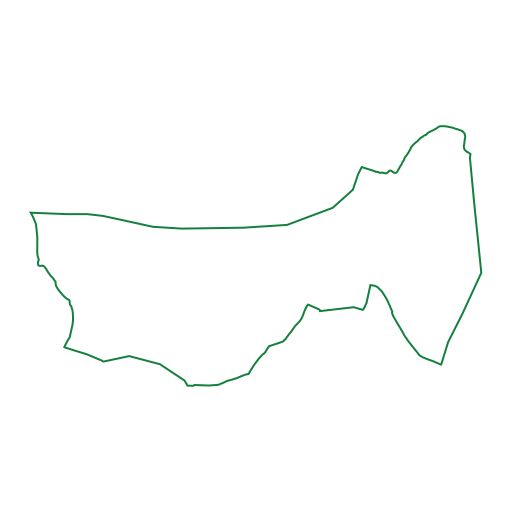 Cap Estate/Lower Saline Point, Saint Lucia
{"feature_id": "8701671B68101868582268", "entity_name": "Cap Estate/Lower Saline Point", "entity_type": "district", "adm_level": 2, "iso_a3": "LCA", "parent_name": "Saint Lucia", "parent_adm1": "", "projection": "mercator", "projection_center": [-60.942, 14.106], "detail": "fine", "context": "isolated", "style": "outline", "palette": "green", "viewbox_px": 512, "rotation_deg": 0, "n_neighbors": 0, "source": "geoboundaries", "source_scale": "gbopen_adm2", "svg_char_len": 3583}
<svg xmlns="http://www.w3.org/2000/svg" viewBox="0 0 512 512"><path d="M103.4,361.6L129.2,356.1L159.9,364.2L184.5,380.5L187.5,385.6L193.2,385.8L194.4,385.0L208.9,385.5L209.4,385.5L218.4,384.8L223.7,382.6L226.6,381.1L229.4,380.3L233.1,379.3L236.8,378.1L238.8,377.3L241.8,376.0L245.4,374.6L248.5,374.0L250.6,370.4L254.1,364.9L257.4,360.5L259.4,357.9L261.0,356.3L262.8,354.3L264.2,353.4L265.4,351.9L266.6,350.0L267.7,348.1L269.1,346.2L282.0,341.9L283.6,341.1L284.1,340.2L285.1,339.7L286.8,337.2L288.0,335.6L289.7,333.3L291.3,331.5L293.0,329.0L295.2,325.9L298.2,322.8L299.9,321.0L301.7,318.2L303.5,313.9L304.4,311.2L305.2,309.5L306.3,307.1L307.2,305.5L308.2,304.6L318.6,309.2L319.7,309.9L320.0,311.1L353.8,307.2L362.8,309.9L363.8,308.5L365.0,306.3L365.8,304.4L366.4,303.4L370.4,285.1L371.8,285.3L372.5,285.5L374.3,285.6L376.6,286.6L377.5,287.1L378.9,288.4L380.4,290.0L381.8,291.3L383.2,293.5L384.3,295.2L385.5,297.1L386.5,298.8L387.2,300.2L388.0,301.6L388.8,303.9L389.9,305.8L390.4,307.4L391.0,308.8L392.0,310.9L392.3,311.5L392.0,312.9L393.0,315.6L393.9,317.3L395.7,320.4L397.2,323.0L398.5,325.2L399.9,327.5L402.4,331.7L403.7,334.2L405.0,336.5L406.6,338.6L408.0,340.8L419.6,355.4L422.8,357.3L428.0,359.4L433.4,361.3L440.0,364.2L441.2,364.5L448.1,342.2L462.6,313.4L481.3,272.8L474.0,201.2L469.9,157.4L470.5,154.2L468.3,152.4L467.7,152.2L466.9,151.8L466.4,151.3L465.8,150.9L465.0,150.1L464.4,149.2L464.1,148.2L463.9,147.1L463.8,146.1L463.9,145.2L464.3,143.9L464.4,142.3L464.6,141.0L464.7,140.0L464.9,138.8L465.2,137.3L465.2,136.4L464.9,135.3L464.7,133.7L464.3,133.2L463.7,132.6L463.1,132.1L462.6,131.2L460.9,130.5L458.6,129.7L456.9,129.1L454.7,128.5L452.6,127.7L449.7,127.1L447.4,126.6L445.4,126.3L443.2,126.2L441.4,126.2L439.8,126.3L438.6,126.8L437.3,127.8L436.4,128.4L434.3,129.6L432.3,130.7L430.6,131.4L428.1,132.7L427.5,133.2L426.3,134.7L425.0,135.1L423.6,135.9L422.7,136.7L420.6,137.9L417.9,140.7L417.5,141.3L416.2,142.1L415.6,142.6L414.1,144.0L413.0,145.0L412.3,146.0L411.3,147.0L410.8,147.9L410.6,148.8L410.0,149.8L409.6,150.5L409.0,151.5L408.5,152.5L407.7,153.7L406.7,155.0L406.5,155.6L405.8,156.2L405.4,156.8L404.7,157.7L404.4,158.6L404.3,159.2L404.0,159.9L403.6,160.7L402.9,161.5L402.5,162.3L402.0,163.2L401.7,164.1L400.8,165.4L400.2,166.5L399.7,167.1L399.3,168.2L398.6,169.3L397.5,171.1L397.2,171.6L396.8,172.2L396.4,172.6L395.9,172.9L395.3,172.9L394.8,172.8L394.0,172.7L393.4,172.3L392.6,171.8L391.6,171.0L391.0,170.6L390.4,170.6L389.7,170.8L389.0,171.2L388.2,172.0L387.6,172.5L386.6,173.2L386.0,173.2L385.5,173.3L384.8,173.2L384.0,173.0L383.5,172.8L382.4,172.8L381.8,172.6L381.2,172.6L380.7,172.7L380.2,172.9L379.1,172.6L378.6,172.3L377.8,171.9L377.3,171.8L376.1,171.9L375.5,171.6L374.8,171.3L373.8,170.9L362.7,167.4L361.7,167.1L358.1,174.3L352.9,189.7L332.7,207.8L287.1,224.9L243.2,227.7L181.8,228.6L152.9,226.8L119.6,219.5L102.9,215.9L87.1,214.1L66.0,214.1L30.7,212.7L31.5,214.0L33.2,217.3L34.1,219.5L35.8,223.6L36.4,227.5L36.8,232.3L37.3,236.7L37.3,240.9L37.3,246.5L37.2,252.7L37.7,256.3L38.6,258.8L38.7,260.2L38.2,261.1L37.9,262.8L38.2,265.1L39.2,265.8L40.4,266.0L41.8,265.6L43.2,265.8L44.1,266.4L46.2,269.0L48.2,272.4L50.5,275.6L53.1,278.2L54.6,280.5L55.6,282.0L55.6,283.9L56.1,286.0L58.0,289.3L61.9,294.1L64.5,296.8L66.9,298.8L68.4,299.5L69.2,300.2L69.7,301.0L69.7,303.0L69.9,304.4L71.2,306.3L72.4,310.0L72.8,312.8L73.0,316.8L73.0,320.6L72.5,324.8L71.8,327.9L71.1,331.2L70.4,334.1L69.8,337.0L68.5,339.3L68.1,339.7L67.8,340.3L64.3,347.0L65.6,347.7L66.3,347.9L76.8,351.2L86.6,354.2L93.0,356.9L101.4,360.4L103.4,361.6Z" fill="none" stroke="#15803d" stroke-width="2"/></svg>